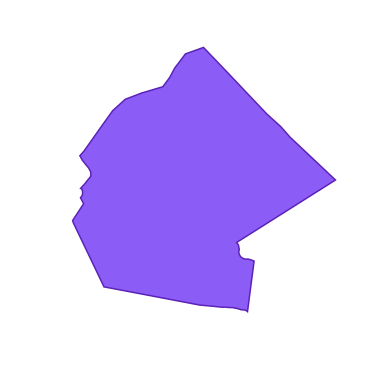 San Juan Bautista Jayacatlán, Oaxaca, Mexico, rotated 303°
{"feature_id": "50627088B83375610183183", "entity_name": "San Juan Bautista Jayacatlán", "entity_type": "district", "adm_level": 2, "iso_a3": "MEX", "parent_name": "Mexico", "parent_adm1": "Oaxaca", "projection": "albers", "projection_center": [-96.822, 17.437], "detail": "fine", "context": "isolated", "style": "filled", "palette": "violet", "viewbox_px": 384, "rotation_deg": 303, "n_neighbors": 0, "source": "geoboundaries", "source_scale": "gbopen_adm2", "svg_char_len": 1115}
<svg xmlns="http://www.w3.org/2000/svg" viewBox="0 0 384 384"><g transform="rotate(303 192 192)"><path d="M264.4,110.2L247.8,96.0L233.4,85.5L217.1,81.2L197.4,80.3L189.4,80.0L177.1,79.5L167.2,79.1L161.3,78.2L161.0,78.9L158.9,82.7L156.7,89.3L155.8,92.3L153.6,96.2L151.4,97.8L150.5,98.2L150.4,98.3L150.1,98.5L149.7,98.5L140.7,97.6L139.4,97.5L138.3,97.2L137.6,97.1L137.1,97.0L136.7,97.0L135.3,96.8L134.3,96.6L134.5,98.1L132.2,100.5L131.3,100.9L130.5,101.4L130.2,101.4L128.8,101.8L126.4,101.6L126.2,101.9L125.7,103.0L125.1,104.0L124.4,105.2L123.1,107.5L103.1,107.4L101.6,109.1L64.5,169.9L101.3,259.9L107.1,270.9L111.7,279.9L113.7,282.8L114.3,284.2L115.8,286.8L117.1,288.9L118.9,293.4L119.8,296.3L119.9,297.0L120.7,298.7L121.3,299.5L121.7,300.7L122.1,302.0L121.9,303.7L167.9,281.7L167.3,278.6L166.4,275.7L164.8,273.4L164.0,270.5L164.3,267.8L165.3,265.9L166.8,264.1L169.6,262.9L171.3,261.3L172.6,260.1L173.2,259.0L174.0,256.9L280.2,305.8L291.4,244.3L295.1,231.1L298.2,212.2L303.4,190.5L311.0,159.0L319.5,122.9L304.3,111.3L286.5,110.0L276.0,110.9L264.4,110.2Z" fill="#8b5cf6" stroke="#5b21b6" stroke-width="1.5"/></g></svg>